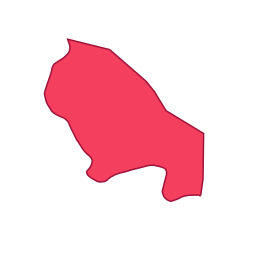 Dennery By Pass/White Rock Gardens, Dennery, Saint Lucia, rotated 27°
{"feature_id": "8701671B35205001440787", "entity_name": "Dennery By Pass/White Rock Gardens", "entity_type": "district", "adm_level": 2, "iso_a3": "LCA", "parent_name": "Saint Lucia", "parent_adm1": "Dennery", "projection": "albers", "projection_center": [-60.893, 13.914], "detail": "fine", "context": "isolated", "style": "filled", "palette": "rose", "viewbox_px": 256, "rotation_deg": 27, "n_neighbors": 0, "source": "geoboundaries", "source_scale": "gbopen_adm2", "svg_char_len": 2811}
<svg xmlns="http://www.w3.org/2000/svg" viewBox="0 0 256 256"><g transform="rotate(27 128 128)"><path d="M134.5,83.3L133.8,83.1L127.7,80.3L123.0,78.2L102.2,73.0L76.1,66.5L37.8,75.4L34.0,76.3L34.5,76.9L35.3,77.7L36.2,78.5L37.1,79.4L37.7,79.9L39.0,81.4L39.6,82.5L40.1,83.3L40.3,83.9L40.7,85.5L40.9,87.5L40.6,89.6L40.1,90.9L39.9,91.5L39.2,93.6L38.3,95.6L37.2,97.5L36.6,98.4L36.0,99.4L34.9,101.4L34.4,102.2L33.9,103.2L33.5,103.9L33.1,105.1L32.9,107.2L33.2,109.4L33.8,111.1L34.3,113.5L34.7,115.8L35.0,117.5L35.2,118.9L35.3,120.1L35.7,122.3L35.9,124.6L36.3,126.7L36.6,128.8L37.0,131.0L37.3,133.1L37.9,135.1L39.3,137.1L39.9,137.8L40.6,138.7L41.9,140.2L43.4,141.8L45.1,143.1L46.3,144.0L46.9,144.3L47.5,144.7L48.7,145.4L49.4,145.9L50.5,146.5L52.3,147.6L53.5,147.9L54.5,148.2L56.6,148.5L57.6,148.6L58.8,148.6L60.8,148.6L62.4,148.5L62.9,148.5L65.1,148.3L66.4,148.3L67.1,148.3L69.1,148.7L71.2,149.4L71.7,149.7L72.5,150.1L73.0,150.4L73.7,151.2L74.1,151.6L78.5,155.0L79.9,156.0L87.6,161.8L88.6,162.3L89.2,162.6L90.3,163.2L91.6,164.0L92.7,164.6L93.7,165.2L94.7,165.8L95.7,166.4L96.7,167.0L97.9,167.6L98.9,168.1L99.9,168.5L100.5,168.7L101.0,168.9L101.8,169.2L103.2,169.7L104.3,170.0L105.4,170.2L106.6,170.6L107.7,171.0L108.7,171.3L109.3,171.7L110.5,172.7L111.1,173.7L111.5,174.8L111.8,175.8L111.9,176.6L112.1,178.1L112.1,178.7L112.1,180.2L111.9,181.3L111.7,182.5L111.4,183.6L111.0,184.7L111.1,186.0L111.5,186.7L112.2,187.3L112.8,187.8L113.6,188.2L114.1,188.4L115.5,188.8L117.0,189.1L118.3,189.2L118.9,189.3L119.5,189.3L120.6,189.4L121.7,189.4L122.5,189.5L123.4,189.5L124.0,189.5L125.1,189.4L126.2,189.2L127.3,188.9L128.4,188.4L129.3,187.7L130.2,187.1L131.2,186.4L132.0,185.6L132.6,184.6L133.0,183.8L133.3,183.1L133.5,182.4L134.1,181.2L134.7,179.9L135.0,179.5L135.4,178.8L136.1,177.8L136.7,176.8L137.4,175.9L138.1,175.1L138.5,174.7L139.2,173.9L139.9,173.1L140.9,172.2L141.4,171.6L142.5,170.7L143.5,169.9L144.8,168.8L145.7,167.9L146.1,167.5L147.0,166.7L147.8,166.0L148.2,165.5L149.1,164.7L149.9,163.9L150.7,163.2L159.7,155.3L163.0,152.4L164.7,151.2L165.6,150.6L166.5,150.1L168.4,149.3L169.7,149.0L170.4,148.9L172.5,148.3L174.5,147.8L175.7,147.6L176.5,147.5L177.2,147.4L178.1,147.3L179.0,147.4L179.6,147.5L181.1,148.4L181.6,148.9L182.6,150.2L183.2,151.4L183.5,152.2L187.2,168.7L187.9,169.7L188.7,170.5L189.4,171.3L190.3,172.1L190.9,172.6L192.3,173.4L193.5,173.8L194.6,174.0L195.7,174.2L196.6,174.2L197.2,174.2L197.9,174.1L198.7,174.0L200.0,173.4L200.9,172.5L201.5,171.9L202.6,170.7L203.5,169.8L203.9,169.4L204.9,168.1L205.4,167.5L206.1,166.6L206.9,165.3L207.5,164.7L208.3,163.9L208.8,163.4L209.5,162.8L210.1,162.4L210.8,161.8L211.3,161.4L212.1,160.7L214.9,159.1L221.4,155.6L222.0,155.7L223.0,155.7L223.1,154.2L218.0,139.4L197.9,98.6L154.0,95.3L151.2,93.6L134.5,83.3Z" fill="#f43f5e" stroke="#9f1239" stroke-width="1.5"/></g></svg>